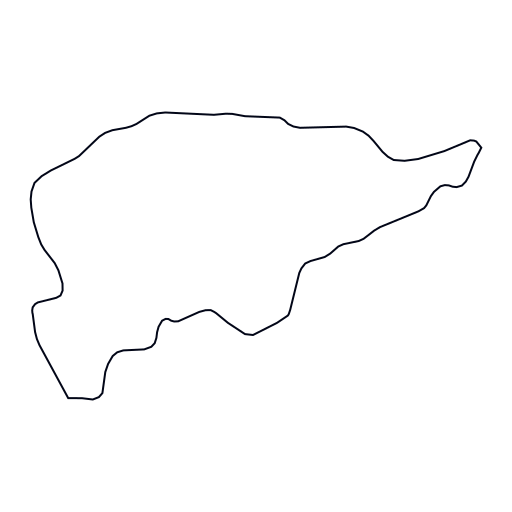 the border of Guairá
{"feature_id": "PRY-608", "entity_name": "Guairá", "entity_type": "Department", "adm_level": 1, "iso_a3": "PRY", "parent_name": "Paraguay", "parent_adm1": "", "projection": "albers", "projection_center": [-56.21, -25.878], "detail": "fine", "context": "isolated", "style": "outline", "palette": "ink", "viewbox_px": 512, "rotation_deg": 0, "n_neighbors": 0, "source": "natural_earth", "source_scale": "10m", "svg_char_len": 1583}
<svg xmlns="http://www.w3.org/2000/svg" viewBox="0 0 512 512"><path d="M165.3,112.5L213.9,114.8L226.0,113.7L232.3,113.9L245.0,116.2L279.8,117.6L284.5,120.3L288.1,123.9L293.4,126.5L300.0,127.8L346.2,126.6L354.1,128.0L362.9,131.6L368.7,135.8L373.5,140.9L382.5,151.8L387.9,156.7L393.7,160.0L404.6,160.8L418.2,159.0L444.3,151.1L470.2,140.3L474.0,140.6L476.3,141.5L481.3,147.7L478.7,152.9L477.5,154.9L474.2,161.6L468.5,176.8L465.8,181.6L461.9,185.6L456.6,187.1L452.6,186.7L448.8,185.4L444.8,185.1L440.4,186.3L434.0,191.8L430.9,196.1L426.3,205.4L424.1,208.1L418.5,211.3L380.0,227.1L374.2,230.6L363.6,238.8L358.8,241.0L343.4,244.2L338.3,246.5L330.2,253.6L324.7,257.0L310.6,261.0L305.2,263.5L301.4,268.4L299.3,272.9L290.2,309.8L288.9,313.7L288.5,314.6L287.8,315.6L277.1,322.8L253.0,335.0L245.0,334.1L228.0,322.9L216.2,313.2L214.2,311.9L210.7,310.1L205.6,310.2L199.3,311.9L178.2,321.3L174.2,321.5L171.2,320.7L168.4,319.0L165.6,318.9L162.1,320.7L158.6,326.7L157.1,332.2L156.4,337.9L154.7,343.2L151.3,346.8L144.2,349.4L123.3,350.4L117.2,352.3L112.7,356.0L108.1,363.9L105.3,372.0L102.4,393.1L98.9,397.1L92.8,399.5L82.0,398.2L68.2,398.1L39.5,345.2L36.9,339.0L35.1,332.1L32.7,313.9L32.4,312.9L32.2,310.3L32.7,307.3L35.1,304.1L37.9,302.4L56.3,297.8L60.5,295.5L62.6,290.6L62.5,283.5L58.4,270.3L54.7,263.1L44.5,249.9L41.2,244.4L38.3,237.1L33.8,222.3L31.3,207.7L30.7,199.4L31.5,191.5L34.5,182.9L41.7,176.1L51.0,170.4L74.7,158.8L79.0,156.1L99.3,136.7L105.1,132.9L112.4,130.2L125.9,127.8L131.5,126.2L136.4,124.0L149.4,115.7L156.8,113.4L165.3,112.5Z" fill="none" stroke="#020617" stroke-width="2"/></svg>